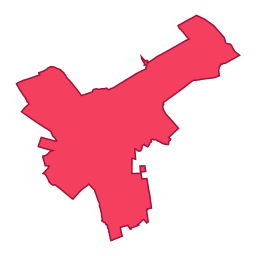 Todireni, Botosani, Romania (Natural Earth projection)
{"feature_id": "2599482B63116977359032", "entity_name": "Todireni", "entity_type": "district", "adm_level": 2, "iso_a3": "ROU", "parent_name": "Romania", "parent_adm1": "Botosani", "projection": "natural_earth1", "projection_center": [27.106, 47.62], "detail": "fine", "context": "isolated", "style": "filled", "palette": "rose", "viewbox_px": 256, "rotation_deg": 0, "n_neighbors": 0, "source": "geoboundaries", "source_scale": "gbopen_adm2", "svg_char_len": 5615}
<svg xmlns="http://www.w3.org/2000/svg" viewBox="0 0 256 256"><path d="M79.2,192.1L79.4,191.9L80.0,191.4L80.8,190.4L83.7,188.1L84.6,187.5L86.7,186.0L87.7,185.2L88.8,184.1L93.0,188.5L94.1,189.4L94.7,190.3L95.0,191.6L96.4,195.4L98.3,201.0L99.4,203.3L99.5,204.1L99.4,205.5L99.8,207.4L100.4,208.6L100.7,210.0L101.0,211.5L101.3,212.9L101.5,213.8L101.5,215.0L101.7,216.1L102.2,218.2L102.2,219.6L101.8,220.8L103.3,221.9L105.0,222.7L106.2,224.9L106.6,224.9L107.0,224.7L107.2,224.8L107.5,225.4L107.5,227.4L107.8,228.0L108.0,228.3L108.6,229.6L108.9,230.8L108.6,231.8L109.2,232.9L109.7,235.2L110.0,236.4L110.2,237.6L110.2,238.4L111.0,240.6L112.4,240.2L113.0,239.8L122.3,236.1L121.1,231.9L120.3,227.4L127.9,225.3L128.2,226.1L130.1,228.8L130.3,229.2L131.0,229.2L131.3,228.0L135.4,226.5L138.6,225.1L137.9,224.5L138.9,224.0L139.9,222.9L140.5,222.2L141.9,220.8L143.7,219.4L146.7,223.0L148.2,221.8L146.5,209.6L147.8,209.5L147.7,208.7L151.5,208.1L149.8,195.5L148.5,188.7L146.9,178.5L145.5,178.6L144.4,178.8L141.9,178.9L140.8,172.1L145.7,171.4L144.8,165.9L144.0,166.0L143.7,165.9L143.1,166.1L142.5,166.1L142.2,165.9L141.5,165.8L141.3,165.9L140.6,166.1L140.0,166.1L140.2,166.6L140.1,166.9L140.2,168.3L140.2,168.5L140.4,171.5L140.6,171.9L140.5,173.4L131.8,173.5L131.9,169.3L131.9,166.2L132.0,163.8L132.0,158.3L135.6,159.3L134.8,148.8L135.5,148.9L136.1,149.2L136.5,149.6L136.9,150.1L137.5,150.6L138.2,151.0L139.5,151.1L140.0,151.0L140.7,150.7L142.0,148.6L141.9,147.2L142.2,145.7L142.6,145.5L143.9,144.5L144.4,144.3L144.6,144.5L144.9,145.3L145.1,145.5L146.1,145.9L147.0,146.6L147.3,146.7L147.8,146.7L148.0,146.6L148.3,146.3L148.6,145.5L149.4,144.7L149.5,144.3L149.5,143.7L149.7,143.2L150.3,142.6L151.2,141.9L151.5,141.6L151.5,141.2L150.8,140.2L150.9,139.9L152.0,139.3L152.3,139.2L152.6,139.2L152.9,139.3L153.5,139.7L153.8,139.8L154.3,139.8L155.0,139.6L155.9,139.7L156.6,140.1L157.4,141.0L158.8,141.2L162.7,143.6L165.0,144.1L167.5,144.6L168.1,144.6L168.5,144.2L168.7,143.6L168.7,142.8L168.7,141.8L168.7,141.5L169.1,141.0L170.1,140.2L170.7,139.2L168.6,137.6L171.3,135.0L171.9,134.6L174.2,132.2L175.1,131.5L178.5,128.4L174.9,124.1L169.5,118.0L166.8,115.1L165.8,114.0L163.5,109.8L162.6,106.8L163.1,105.3L163.8,104.4L163.4,102.5L183.2,88.1L192.9,80.5L193.6,80.4L197.9,80.0L201.3,79.3L214.8,77.6L219.4,75.7L218.7,70.7L218.8,69.9L219.0,68.4L219.5,66.9L220.8,64.1L221.0,64.4L221.8,64.4L222.4,64.1L223.1,63.4L223.8,63.3L225.0,63.4L239.6,55.3L235.5,52.1L234.7,51.3L232.7,48.1L231.9,46.1L231.0,44.9L230.5,44.5L230.2,44.2L229.7,43.9L227.2,43.7L226.8,43.6L226.4,43.4L226.1,43.1L225.7,42.6L225.5,42.1L224.6,38.8L224.3,37.8L223.8,37.1L213.7,25.6L204.2,18.9L203.6,18.6L201.5,17.7L198.5,16.3L196.4,15.4L192.1,17.9L188.8,19.5L187.6,20.2L183.7,22.4L182.2,23.3L178.5,25.3L178.0,25.7L178.8,27.4L179.8,28.9L181.1,29.9L181.8,30.7L182.1,31.1L183.4,32.4L183.9,33.2L184.7,33.8L185.1,34.7L185.6,35.5L187.9,38.1L188.3,38.5L189.0,39.0L186.5,40.4L186.2,40.2L174.6,47.0L173.2,47.7L170.5,49.3L160.7,54.7L160.1,54.9L158.5,55.8L156.9,56.7L155.0,58.0L154.0,58.8L152.5,59.8L151.7,60.4L150.1,61.5L147.4,63.2L147.2,63.1L147.1,62.9L147.1,62.6L147.7,61.3L147.9,61.1L147.2,60.4L146.7,60.6L145.5,60.7L145.1,60.7L144.8,60.4L144.0,59.7L143.6,59.2L143.0,58.6L142.5,58.1L142.2,57.7L142.0,57.3L141.4,56.6L141.6,57.6L141.5,58.1L141.6,58.8L142.5,60.2L143.0,61.3L143.3,61.6L143.6,62.2L144.0,62.1L144.3,62.8L144.0,62.9L144.4,63.7L144.5,63.9L144.5,64.1L144.2,65.1L146.9,65.1L146.9,65.4L146.3,66.8L145.9,67.5L145.9,68.1L145.9,69.2L144.5,69.6L142.3,70.6L139.1,72.2L137.7,72.8L137.4,73.0L135.7,74.0L124.7,80.8L122.9,81.9L120.5,83.3L114.3,87.2L114.0,87.5L111.6,88.4L111.1,88.4L110.9,88.5L109.6,89.4L108.5,89.7L106.4,88.1L104.4,88.8L101.5,88.7L99.8,89.2L98.7,89.3L98.1,89.3L97.1,88.9L96.5,88.8L95.7,88.9L94.4,89.3L93.4,89.5L93.2,89.7L93.0,90.4L92.4,91.4L92.4,91.7L92.4,91.9L81.4,95.6L79.4,92.8L75.8,88.2L75.5,87.8L74.0,86.0L73.1,84.7L72.2,83.5L71.1,82.4L70.2,81.3L69.0,80.1L68.8,79.8L68.3,79.4L66.8,77.6L66.2,76.8L65.7,75.5L65.2,74.7L64.2,74.1L63.9,72.8L62.1,71.4L61.5,70.6L60.7,70.2L60.6,69.8L58.0,68.7L56.8,68.5L56.2,68.2L55.5,67.5L54.0,67.1L53.7,66.9L51.9,66.7L51.0,66.7L49.4,67.2L49.0,67.5L47.7,68.1L46.9,69.1L45.8,69.8L44.8,70.3L43.5,71.1L42.8,71.4L42.7,71.3L40.3,72.3L38.7,72.7L38.7,72.9L38.8,73.3L39.8,74.8L30.8,78.0L24.4,80.1L23.6,80.2L22.0,80.9L21.3,81.5L20.2,81.7L19.3,82.2L18.3,82.5L17.8,82.7L17.1,83.4L16.4,83.8L16.7,84.3L17.3,85.4L18.5,87.3L19.7,89.7L20.9,91.3L23.5,95.5L24.1,96.2L25.8,98.1L25.5,98.7L25.9,99.1L26.8,100.4L26.8,101.1L27.1,101.8L27.4,102.0L28.0,102.4L28.5,102.8L28.7,103.2L28.8,104.3L25.8,106.7L23.9,108.7L23.1,109.8L21.6,111.6L22.4,112.3L30.0,117.7L30.6,118.2L36.5,122.2L45.1,127.8L47.5,129.1L48.5,129.9L50.7,131.3L51.6,132.8L51.4,133.5L51.6,133.6L51.9,133.9L52.5,135.4L52.6,135.6L52.9,135.8L53.2,136.6L54.4,137.5L54.6,137.8L54.9,138.0L56.2,139.9L56.5,140.3L56.7,140.8L56.6,141.0L55.9,141.1L54.2,140.8L41.3,137.4L40.6,139.1L40.2,140.8L38.2,146.4L38.4,146.6L45.5,148.7L50.7,150.1L52.7,150.6L51.4,151.0L49.9,151.7L49.4,152.2L48.1,153.6L46.1,155.2L45.1,155.6L43.9,155.9L43.0,156.1L42.7,156.2L42.9,157.5L44.1,161.5L44.3,162.1L45.2,165.7L45.8,165.8L46.8,165.8L49.1,166.1L48.3,167.5L47.8,168.6L45.5,170.7L45.4,171.1L45.3,171.5L45.2,171.7L44.0,172.5L43.3,173.1L43.0,173.5L43.4,173.6L44.1,173.7L44.3,173.6L44.7,173.8L45.0,174.4L46.1,175.5L47.3,177.7L47.7,178.6L48.2,179.4L48.3,179.8L48.6,180.4L48.7,181.1L49.0,181.3L49.2,181.7L49.3,182.2L50.7,183.4L51.1,183.9L52.6,185.0L53.3,185.2L55.1,184.7L55.9,185.4L56.8,186.1L57.8,186.9L61.3,189.6L65.1,192.9L68.0,195.1L70.0,196.9L71.6,198.2L72.7,199.0L73.0,199.1L79.2,192.1Z" fill="#f43f5e" stroke="#9f1239" stroke-width="1.5"/></svg>